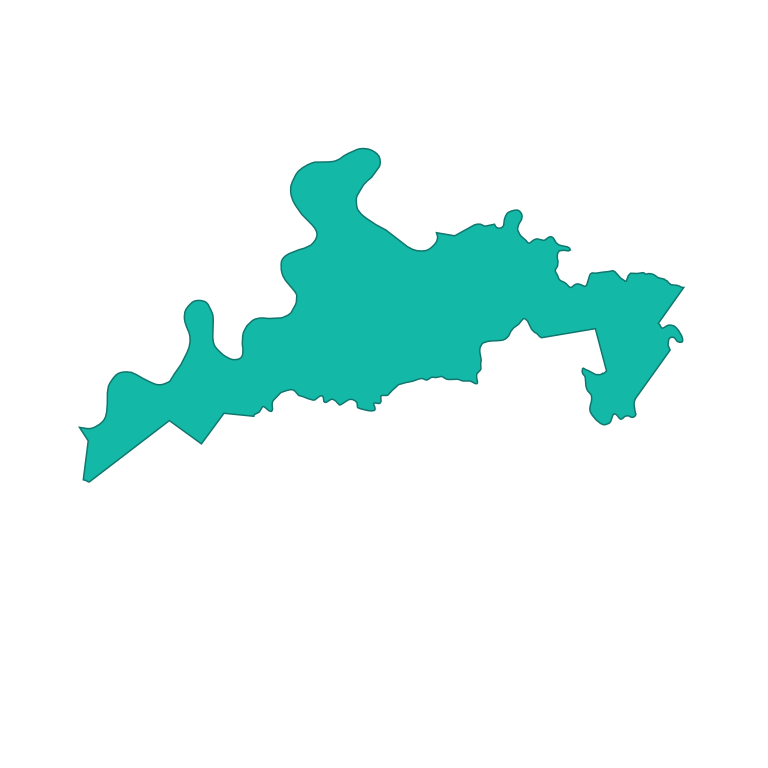 the district of La Lima, Cortés, Honduras, rotated 217°
{"feature_id": "27666195B9619051731773", "entity_name": "La Lima", "entity_type": "district", "adm_level": 2, "iso_a3": "HND", "parent_name": "Honduras", "parent_adm1": "Cortés", "projection": "albers", "projection_center": [-87.885, 15.503], "detail": "fine", "context": "isolated", "style": "filled", "palette": "teal", "viewbox_px": 768, "rotation_deg": 217, "n_neighbors": 0, "source": "geoboundaries", "source_scale": "gbopen_adm2", "svg_char_len": 6171}
<svg xmlns="http://www.w3.org/2000/svg" viewBox="0 0 768 768"><g transform="rotate(217 384 384)"><path d="M175.9,583.3L180.5,585.9L182.9,589.9L183.6,592.1L182.8,594.1L181.2,595.4L179.5,595.6L175.6,594.5L173.3,595.1L171.7,596.2L171.2,597.5L171.7,598.7L173.1,600.1L175.6,601.8L181.2,604.1L184.7,604.8L187.2,604.9L190.1,603.8L192.0,602.5L193.0,601.0L194.6,596.9L195.5,596.0L196.7,595.9L199.3,597.3L201.4,597.5L202.7,641.5L204.8,640.2L206.3,640.1L209.3,639.2L214.3,636.1L217.4,636.1L219.7,636.7L222.3,636.3L223.1,636.5L229.0,633.9L233.9,633.8L235.3,633.5L237.3,632.6L239.3,631.3L241.0,629.1L243.2,629.2L244.2,628.8L248.1,624.8L253.8,620.8L254.1,617.6L252.5,612.4L252.6,611.7L253.1,611.3L258.7,611.0L266.7,612.6L268.6,612.5L269.7,612.0L271.8,609.5L277.2,604.4L281.5,600.0L284.7,597.9L285.4,595.9L285.1,594.4L281.6,584.8L282.4,582.7L286.9,581.7L289.0,580.9L290.7,579.5L291.8,577.0L292.2,574.6L293.0,573.4L294.3,573.0L299.2,573.8L301.2,573.7L304.7,572.9L306.5,572.9L307.6,573.2L311.3,575.5L313.3,576.2L315.3,577.4L315.9,578.5L316.3,582.4L316.9,583.6L318.8,586.6L321.0,588.5L322.9,590.8L324.0,593.1L324.1,595.9L321.0,598.9L316.6,601.4L316.5,602.2L315.8,603.2L317.9,604.2L320.1,603.9L325.9,601.1L328.4,600.3L331.4,600.4L336.6,602.5L338.1,602.5L339.3,602.1L340.2,601.3L340.8,600.3L342.0,596.2L342.7,594.9L348.6,592.3L349.8,591.4L351.2,589.0L352.5,584.3L353.3,583.6L354.3,583.4L356.9,584.1L363.9,584.6L365.8,585.3L369.7,587.3L370.7,588.3L371.9,591.0L372.4,592.4L373.2,598.3L374.7,601.2L376.2,602.5L378.3,603.4L380.6,603.6L382.3,603.1L384.2,601.5L386.4,598.8L387.9,596.1L388.3,594.4L388.1,591.8L387.0,588.1L383.9,582.6L383.8,580.9L384.5,579.1L386.0,577.5L387.9,576.8L389.8,577.0L391.9,578.1L398.4,570.7L403.1,569.7L405.7,567.8L407.6,565.4L416.7,544.9L433.2,536.4L429.8,533.9L428.7,532.0L427.9,530.0L427.6,528.0L427.7,525.6L428.2,522.1L429.0,519.1L430.6,516.0L433.9,512.9L437.7,510.4L442.2,508.7L447.8,507.8L475.4,508.1L486.0,506.4L498.1,505.7L502.2,505.8L505.0,506.1L510.0,507.5L512.6,509.4L515.7,512.8L518.0,516.0L518.9,518.6L520.2,530.5L519.6,535.9L518.3,541.8L518.5,554.4L519.0,556.4L520.3,558.7L522.5,561.1L524.9,562.8L527.9,563.6L531.0,563.7L534.8,563.2L538.3,562.0L542.3,559.6L545.1,557.1L546.8,554.8L551.4,546.5L553.4,541.9L554.9,536.9L557.0,533.0L558.7,531.0L561.9,528.0L572.7,519.6L574.6,517.1L576.9,513.1L579.2,507.6L580.5,502.3L580.4,498.0L578.9,490.3L577.5,486.0L574.7,481.9L571.5,478.6L566.9,475.5L562.3,473.4L551.8,470.0L537.2,467.8L532.8,466.7L529.4,465.0L527.3,462.9L526.2,460.7L525.6,458.1L525.5,454.5L526.0,450.8L529.4,444.4L532.7,440.1L538.3,430.9L539.6,427.6L540.2,424.8L540.2,422.5L539.7,420.3L538.3,417.8L534.7,413.3L532.0,411.0L529.4,409.3L524.9,407.4L511.4,404.3L508.7,403.3L507.0,402.3L503.2,396.5L502.4,393.9L501.1,384.6L502.2,381.0L504.7,376.5L505.9,374.9L515.1,367.2L520.4,363.9L523.1,361.7L525.9,358.4L527.3,355.5L528.5,348.1L527.9,343.6L527.1,340.0L525.6,337.1L521.8,331.4L520.4,329.7L518.2,327.7L516.3,325.1L514.9,322.9L514.1,320.8L514.1,318.8L514.8,316.9L516.5,314.8L518.8,312.8L521.1,311.8L523.4,311.2L527.5,310.6L530.6,310.5L537.6,311.3L540.9,312.1L542.7,312.8L545.4,314.7L548.8,318.2L558.7,332.1L561.4,335.3L563.0,336.7L566.3,338.7L572.5,341.7L574.6,342.1L576.6,342.1L580.4,340.5L582.6,339.0L584.4,337.3L585.7,335.5L586.4,333.5L587.1,328.9L587.1,324.4L586.3,321.6L584.3,318.1L582.6,315.9L580.1,313.6L575.9,310.7L570.6,307.7L567.4,305.0L564.2,300.8L561.7,295.9L560.2,290.3L557.9,277.4L557.5,266.3L556.7,257.2L558.1,254.2L560.3,250.7L562.4,248.6L564.9,246.9L567.2,246.0L572.6,244.7L579.9,243.4L587.8,242.4L592.6,241.3L596.4,239.1L598.8,237.2L601.1,234.8L602.6,232.4L603.5,229.6L603.8,225.4L603.5,219.7L602.8,216.7L601.5,213.9L599.4,210.2L593.1,201.7L588.8,195.0L586.6,190.2L586.0,186.3L586.3,183.2L587.1,180.2L588.7,176.2L590.3,173.3L592.3,171.2L593.8,170.0L601.1,166.1L586.0,160.6L566.5,126.5L564.2,127.5L561.2,127.9L560.4,128.5L533.4,225.6L493.8,226.3L494.2,264.3L468.5,279.9L469.1,281.2L469.1,281.7L467.2,285.4L466.7,286.8L467.3,292.4L466.8,293.4L465.9,293.7L459.8,293.4L458.3,293.8L457.5,294.3L457.3,295.4L457.9,296.9L460.8,300.0L461.9,301.8L462.4,303.1L462.5,304.6L461.2,315.2L457.2,321.0L454.9,323.5L453.0,324.6L450.6,324.7L445.3,323.5L441.2,325.1L436.4,326.4L431.0,328.4L429.6,329.7L428.2,335.0L427.5,336.3L426.5,337.1L425.5,337.2L424.3,336.7L421.7,334.0L420.4,333.7L419.1,334.6L417.3,339.2L416.2,340.9L412.6,341.4L407.7,340.5L406.7,340.6L405.9,341.8L403.0,349.7L401.7,351.5L399.7,352.7L397.1,353.2L394.4,352.9L391.2,349.5L390.3,349.4L388.0,350.0L380.6,353.2L377.9,354.9L376.1,356.7L375.7,357.4L375.8,358.0L376.4,359.1L377.8,360.3L379.9,361.4L380.4,362.5L379.8,363.5L376.2,365.4L375.7,366.2L375.6,367.0L376.0,368.5L378.8,371.7L379.2,373.0L378.3,374.0L374.8,376.6L374.2,377.5L373.6,383.7L372.0,392.2L367.4,398.3L362.9,403.3L358.8,409.5L356.5,411.6L354.0,412.1L352.3,412.8L351.6,414.0L350.0,418.1L348.4,419.3L346.7,420.1L342.7,424.6L341.2,425.0L337.8,425.3L336.1,425.9L334.2,427.1L328.6,431.7L326.3,432.9L324.2,433.3L322.5,434.1L317.5,437.9L315.9,438.5L311.5,439.2L310.0,440.1L309.9,440.8L310.5,441.9L313.9,444.9L316.0,447.8L315.4,453.2L315.7,454.4L319.4,458.9L320.6,461.5L326.3,466.8L328.1,468.9L329.3,471.4L329.8,474.5L329.7,475.8L329.3,476.9L326.9,480.3L324.0,483.1L317.2,488.8L315.4,490.8L314.2,492.9L313.6,495.0L313.4,497.4L314.4,502.5L314.3,506.6L312.4,512.8L312.2,518.9L311.8,520.3L311.1,520.8L310.2,521.0L307.3,520.7L299.3,516.6L297.1,516.1L295.2,515.9L291.9,516.3L288.1,515.5L286.0,515.8L248.5,555.4L214.1,528.3L214.8,524.9L215.1,524.4L216.0,524.0L216.2,522.8L217.1,521.4L220.7,518.9L229.1,517.6L231.5,516.9L234.2,516.7L234.6,516.1L234.6,515.6L233.1,513.0L231.1,511.7L228.5,511.1L227.2,510.3L221.7,504.1L219.2,502.1L217.1,501.1L212.3,500.1L211.2,499.4L209.7,497.8L208.2,495.5L206.0,490.3L204.9,488.4L203.6,486.8L202.0,485.6L198.3,484.2L193.0,483.0L187.5,482.8L184.4,483.4L182.6,484.9L180.7,487.9L180.4,489.1L180.4,490.5L182.3,496.4L182.5,497.7L182.2,498.5L181.2,499.1L179.7,499.4L175.1,498.2L173.8,498.4L172.8,499.5L172.2,502.8L171.3,504.3L169.6,505.7L167.1,506.1L165.5,506.9L164.6,508.0L164.2,509.5L164.5,511.3L166.9,513.1L171.6,517.7L173.3,520.1L174.4,523.6L175.9,583.3Z" fill="#14b8a6" stroke="#0f766e" stroke-width="1.5"/></g></svg>